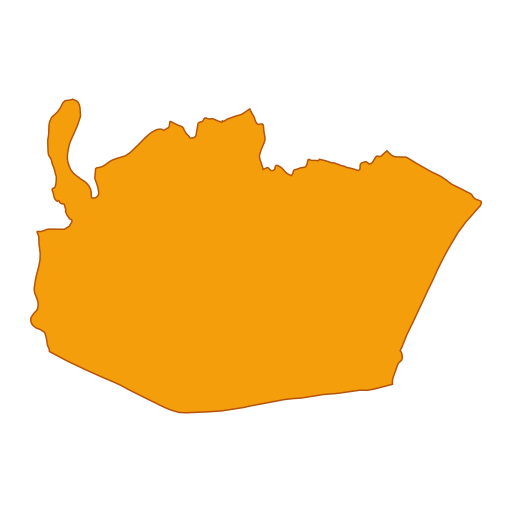 Ban Phraek, Phra Nakhon Si Ayutthaya, Thailand (Equal Earth projection)
{"feature_id": "78962969B33149444798126", "entity_name": "Ban Phraek", "entity_type": "district", "adm_level": 2, "iso_a3": "THA", "parent_name": "Thailand", "parent_adm1": "Phra Nakhon Si Ayutthaya", "projection": "equal_earth", "projection_center": [100.539, 14.646], "detail": "fine", "context": "isolated", "style": "filled", "palette": "amber", "viewbox_px": 512, "rotation_deg": 0, "n_neighbors": 0, "source": "geoboundaries", "source_scale": "gbopen_adm2", "svg_char_len": 5895}
<svg xmlns="http://www.w3.org/2000/svg" viewBox="0 0 512 512"><path d="M480.7,205.2L481.3,202.5L481.2,201.6L481.1,201.4L480.8,201.2L479.1,200.4L475.7,199.2L474.9,198.7L473.5,197.4L471.8,194.8L470.4,193.5L466.3,191.6L463.4,190.0L452.0,184.4L449.6,182.7L446.1,179.9L444.8,179.1L441.0,176.5L438.3,175.1L430.3,171.3L423.6,167.4L418.4,164.5L407.1,157.6L406.4,157.3L405.5,157.1L396.1,156.9L394.5,156.6L392.6,155.8L391.4,155.1L389.2,153.2L387.0,150.8L384.1,153.3L382.7,154.7L381.0,156.2L380.1,156.5L377.4,156.1L376.4,156.3L375.7,157.1L374.9,158.4L372.4,162.4L371.9,162.9L370.8,163.7L369.8,164.0L369.1,164.0L366.9,162.1L366.1,161.8L365.0,161.8L363.7,162.3L361.7,162.9L361.0,163.5L360.5,164.2L360.2,165.1L360.1,165.6L360.1,168.1L359.9,169.0L359.7,169.5L359.1,170.0L358.2,170.4L356.8,170.2L354.5,169.2L348.7,167.8L347.6,167.6L346.8,167.4L346.1,167.2L345.0,166.5L344.2,166.2L341.9,165.8L337.3,164.1L335.0,163.1L333.8,162.9L331.9,162.9L326.4,161.0L319.5,159.3L319.2,159.4L318.8,160.2L318.2,160.7L314.6,160.4L311.8,160.4L310.9,160.3L309.2,159.4L308.6,159.4L308.3,159.5L308.1,159.7L307.0,164.1L306.1,165.9L305.7,166.5L305.5,166.8L305.1,167.1L304.6,167.2L300.8,167.8L297.8,168.9L294.3,169.9L294.0,170.1L293.5,170.8L292.9,173.0L292.3,174.3L291.7,175.2L291.2,175.6L287.2,173.6L285.2,171.8L282.4,168.6L281.1,167.5L279.1,166.2L277.2,165.4L276.7,165.3L276.2,165.4L275.7,165.8L275.4,166.2L275.2,166.7L275.0,168.4L274.7,169.1L274.1,169.9L272.9,170.5L271.6,170.6L270.8,170.4L270.0,169.8L268.6,168.2L268.1,167.8L267.6,167.7L267.2,167.7L266.3,168.0L263.1,169.4L262.9,168.2L259.9,159.2L259.7,158.0L259.4,156.3L259.5,155.5L259.8,154.2L261.1,150.0L261.8,148.2L264.0,143.1L264.5,141.5L264.8,140.7L265.0,138.7L265.0,138.1L264.9,137.1L264.1,132.6L263.7,129.6L263.6,127.0L263.3,125.6L263.0,124.5L262.5,124.1L261.6,123.9L258.6,124.4L258.2,124.4L257.8,124.3L257.4,124.0L256.5,123.1L256.0,122.2L255.4,121.0L254.4,117.8L254.0,116.9L251.2,111.9L249.8,108.9L241.8,114.3L240.1,114.9L235.9,116.0L227.8,118.9L226.8,119.4L224.0,121.3L223.5,121.3L222.4,120.8L221.9,122.3L217.6,120.8L213.5,119.0L212.4,118.6L209.0,119.0L208.5,118.9L206.2,118.0L205.6,117.9L204.9,118.0L204.5,118.3L204.2,118.7L202.8,121.0L202.4,121.4L201.8,121.6L200.6,121.9L199.0,122.6L198.5,123.0L198.1,123.5L197.9,124.2L197.2,128.5L196.6,131.6L196.1,134.9L195.9,135.5L195.5,136.3L195.0,136.8L193.8,137.6L192.8,137.9L190.5,138.2L190.3,138.1L189.7,137.6L188.7,135.9L187.6,135.0L186.6,134.0L184.3,130.5L183.5,128.3L183.3,128.0L182.2,126.9L181.0,126.2L178.1,125.3L171.1,121.7L170.3,121.5L170.1,121.5L169.8,122.0L169.4,125.2L169.3,125.9L169.0,126.7L168.8,127.1L168.3,127.7L167.6,128.1L166.4,128.8L164.6,130.0L164.2,130.1L163.6,130.2L163.1,130.1L161.7,129.3L160.7,129.1L159.1,129.2L157.0,129.6L153.9,131.0L150.5,133.1L149.4,134.0L144.7,138.2L138.6,144.5L130.7,152.1L128.8,153.6L126.2,155.3L124.8,156.0L116.9,158.4L113.2,159.7L111.6,160.4L110.5,161.1L109.2,161.9L104.5,165.3L102.2,166.6L100.8,167.1L97.1,167.8L96.5,168.0L96.0,168.3L95.6,168.8L95.5,169.4L95.4,171.3L94.9,177.0L94.9,178.6L95.0,179.0L95.6,180.7L96.7,183.6L97.9,187.6L98.5,191.1L98.7,192.7L98.6,194.1L98.1,195.4L97.6,196.2L97.2,196.6L96.2,197.3L95.3,197.8L94.7,198.0L93.8,198.0L92.4,197.9L91.5,197.7L91.1,192.0L90.6,189.4L90.1,188.4L89.2,186.5L88.2,185.1L86.7,183.3L85.2,181.9L80.2,178.6L76.9,176.1L74.8,174.5L73.0,172.7L71.5,170.8L70.9,169.9L70.3,168.7L69.8,167.6L68.8,165.0L68.0,162.4L67.8,161.6L67.5,159.7L67.4,158.3L67.5,153.8L69.1,145.2L69.6,143.6L70.2,141.9L76.2,128.4L77.5,125.4L80.2,117.2L80.4,116.4L80.5,115.3L80.3,112.0L80.0,108.1L79.6,105.8L78.9,103.8L78.6,103.2L78.0,102.3L77.4,101.6L76.6,101.0L75.3,100.3L72.5,99.2L71.4,99.7L70.7,99.9L65.3,100.7L64.6,101.1L63.4,102.3L62.9,102.9L62.5,103.6L60.2,108.1L57.1,112.4L52.2,116.7L51.1,118.4L49.7,121.6L49.4,122.8L49.0,125.1L48.8,128.9L48.8,132.3L48.4,136.2L47.8,139.8L47.8,142.7L47.9,146.9L48.1,151.8L48.3,153.8L48.6,154.9L48.7,155.3L49.8,157.1L50.5,158.2L51.2,159.4L52.5,164.6L53.7,167.3L55.0,171.7L55.2,173.0L55.5,174.3L56.1,175.7L56.3,176.5L56.2,181.3L55.8,184.2L55.2,186.7L54.8,187.4L54.4,187.7L52.5,188.6L52.2,189.2L52.2,189.4L52.3,190.6L53.1,192.7L54.1,197.2L54.4,198.0L54.8,198.8L55.4,199.7L56.3,200.7L56.7,201.0L57.0,201.2L57.5,201.2L57.9,201.0L58.6,200.6L58.8,200.6L59.9,202.5L60.6,203.2L60.9,203.4L63.8,204.1L64.2,204.3L64.7,205.7L65.0,207.2L65.7,209.3L65.7,209.9L65.5,211.3L65.5,211.5L65.8,212.3L66.6,213.9L66.9,214.9L67.4,215.8L68.2,216.7L69.0,217.8L69.2,218.6L69.7,218.9L70.9,219.4L71.6,219.8L71.9,220.1L72.0,220.5L71.8,221.6L71.5,222.6L70.0,224.8L69.8,225.8L69.7,226.0L64.6,229.1L64.1,229.3L57.1,229.2L48.9,229.1L47.6,229.3L46.8,229.5L41.9,231.3L40.8,231.5L37.2,231.5L37.3,232.8L38.6,236.0L38.8,237.2L39.0,243.5L39.1,244.7L39.9,251.0L40.2,253.5L40.1,256.1L40.0,259.4L39.9,260.6L38.8,266.2L36.0,277.0L35.1,282.0L34.2,288.4L34.2,290.1L34.7,292.6L35.0,293.7L35.9,295.9L37.4,300.1L37.9,301.9L38.1,303.5L38.2,304.6L38.1,305.5L37.8,307.9L37.3,309.4L36.3,310.9L34.2,312.9L33.1,314.4L31.3,317.2L30.9,318.0L30.7,319.0L30.8,320.7L31.0,321.7L31.3,322.7L31.7,323.7L32.5,324.9L33.7,326.1L35.9,327.8L37.6,328.6L39.1,329.0L40.4,329.6L43.7,331.7L44.1,332.0L44.6,332.6L45.2,334.1L45.9,336.4L46.3,338.3L46.8,340.7L47.4,344.8L47.9,346.3L48.8,348.3L49.2,349.3L49.4,351.5L67.8,361.3L86.4,370.1L100.4,376.4L115.1,382.7L121.2,385.5L128.2,389.4L148.4,399.5L163.8,407.1L170.8,410.0L178.7,412.4L186.2,412.8L210.3,411.7L221.6,410.9L244.8,407.3L248.5,406.3L284.1,399.6L292.9,398.6L301.6,398.0L323.4,394.5L331.8,393.8L335.8,393.6L359.8,390.2L367.2,390.3L373.2,389.3L383.5,386.6L392.5,384.3L392.4,381.4L392.6,379.7L392.9,378.1L397.7,364.6L398.3,363.4L399.2,362.3L400.8,361.0L401.4,360.4L401.8,359.6L402.1,358.7L402.2,357.8L402.3,356.7L402.2,355.8L401.8,353.8L401.4,352.3L400.1,350.7L402.1,346.6L406.7,335.1L414.4,319.2L428.0,290.0L432.6,280.6L437.4,270.0L443.6,257.5L449.5,246.8L457.8,232.8L466.0,221.8L480.7,205.2Z" fill="#f59e0b" stroke="#b45309" stroke-width="1.5"/></svg>